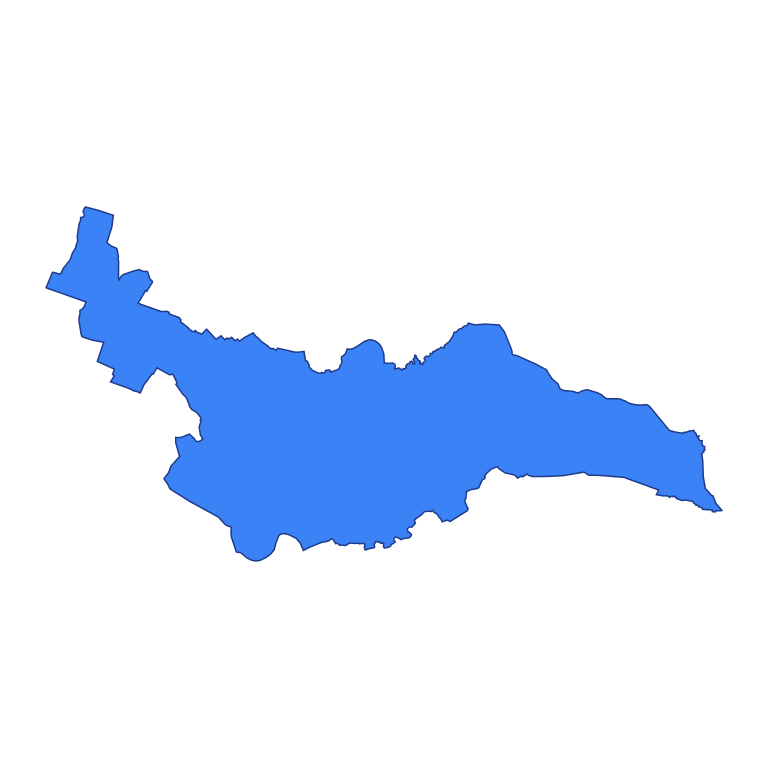 the district of Ban Pho, Chachoengsao, Thailand
{"feature_id": "78962969B2229675386212", "entity_name": "Ban Pho", "entity_type": "district", "adm_level": 2, "iso_a3": "THA", "parent_name": "Thailand", "parent_adm1": "Chachoengsao", "projection": "orthographic", "projection_center": [101.082, 13.626], "detail": "fine", "context": "isolated", "style": "filled", "palette": "blue", "viewbox_px": 768, "rotation_deg": 0, "n_neighbors": 0, "source": "geoboundaries", "source_scale": "gbopen_adm2", "svg_char_len": 6097}
<svg xmlns="http://www.w3.org/2000/svg" viewBox="0 0 768 768"><path d="M499.3,325.0L485.3,324.1L474.7,324.9L468.3,323.1L467.1,325.5L463.9,326.3L462.2,328.1L459.1,329.2L458.0,330.1L456.4,332.2L455.1,332.0L454.1,332.3L453.1,335.5L449.5,341.4L444.4,345.5L444.5,347.7L440.8,347.3L439.4,349.0L437.5,349.2L436.9,349.9L435.9,350.1L435.1,351.3L433.1,351.5L432.5,353.5L430.3,353.4L430.2,355.2L429.8,355.8L428.3,356.4L426.2,356.2L425.2,356.9L424.1,358.6L425.5,360.3L424.7,361.5L423.2,362.3L422.9,364.3L422.1,364.3L421.3,363.5L419.8,363.7L419.6,363.1L420.3,362.0L420.0,361.0L417.8,360.1L417.8,359.0L416.7,358.1L416.2,356.0L415.1,355.1L414.6,355.7L414.8,358.0L413.6,358.6L413.2,359.4L414.9,362.8L414.5,363.8L412.7,363.8L412.8,362.5L411.7,361.1L409.7,362.1L409.4,363.6L407.8,363.8L406.6,364.7L405.7,366.5L406.0,368.0L404.8,368.8L403.0,368.6L402.4,369.9L400.4,369.3L400.1,368.5L398.6,368.0L396.5,368.7L394.7,368.7L394.5,368.1L395.3,366.9L395.1,365.0L394.8,364.3L392.9,363.0L387.5,363.4L384.3,362.9L383.8,354.1L381.7,347.7L379.7,344.6L377.0,342.1L375.0,341.0L371.9,339.9L369.5,339.7L364.7,341.3L356.9,346.5L353.2,348.5L350.1,349.3L347.2,348.9L345.6,353.5L343.4,355.7L341.6,356.8L341.4,359.4L342.1,361.6L340.9,364.8L340.1,365.4L340.2,366.1L339.2,368.4L337.9,369.5L332.2,371.7L331.3,371.5L330.6,372.1L329.7,370.0L325.8,370.3L324.4,373.0L322.4,372.9L321.8,372.4L320.6,373.3L318.2,373.0L317.0,372.4L315.9,372.3L314.8,371.3L313.6,371.1L312.5,370.4L309.4,367.2L308.9,366.4L309.1,364.9L307.0,361.0L305.6,360.9L304.0,351.4L298.2,352.2L294.8,352.1L277.5,348.2L276.3,350.5L273.1,348.4L272.4,348.9L269.7,348.0L268.2,346.3L261.2,341.3L257.2,337.1L256.4,337.0L253.2,332.8L244.0,337.8L239.4,341.2L237.5,339.1L235.0,340.7L231.6,337.3L230.3,338.4L229.1,338.3L228.3,339.0L226.8,338.1L224.8,339.8L221.1,335.8L216.1,339.3L206.6,329.2L201.6,334.1L196.4,331.9L195.7,331.5L195.9,331.0L194.9,330.5L194.2,331.8L193.4,331.9L189.9,329.8L187.9,327.5L180.3,321.6L181.0,319.9L179.4,318.5L179.6,317.8L169.0,313.8L169.2,312.3L166.1,311.2L163.5,311.7L160.5,311.3L138.1,303.3L145.6,290.6L146.8,291.3L152.5,282.1L151.8,280.4L150.7,279.9L149.9,278.8L147.5,271.5L143.1,271.3L139.1,269.6L133.0,271.2L123.4,274.5L121.5,275.9L118.9,279.8L118.5,276.5L118.6,261.5L118.2,259.2L118.4,256.5L117.1,249.3L116.4,248.2L111.3,246.1L106.9,242.7L111.9,226.7L113.3,215.3L97.8,210.2L85.5,207.0L84.0,208.9L83.2,211.0L83.2,212.3L84.4,214.1L84.3,215.3L83.3,217.0L80.6,217.5L80.6,220.1L79.1,224.0L77.3,236.0L77.6,241.6L76.5,244.0L75.6,247.9L72.5,252.9L70.1,259.9L63.4,268.2L60.7,273.7L59.0,273.9L53.3,272.3L52.4,272.5L46.1,287.8L86.1,302.0L84.3,306.3L82.7,308.7L79.9,310.5L80.1,313.0L78.9,318.5L79.0,320.9L81.0,333.6L82.0,336.5L83.1,337.1L92.4,340.2L103.7,342.3L97.3,361.4L114.4,369.1L112.6,374.4L114.0,375.5L114.1,376.0L110.6,381.9L128.4,388.2L134.6,391.2L135.1,390.8L140.2,393.0L144.2,384.4L152.1,374.0L153.2,374.1L157.0,367.9L169.6,374.8L172.9,374.2L177.1,382.9L175.9,384.4L182.4,393.7L186.5,397.8L188.4,403.1L189.5,404.9L189.1,405.6L191.4,409.1L195.4,411.8L195.9,411.8L197.1,412.9L201.4,418.5L200.1,420.2L200.9,421.4L199.2,426.9L200.3,434.6L202.8,439.2L199.9,441.1L197.5,441.7L196.2,441.4L193.6,437.9L189.3,434.1L181.4,437.3L178.8,437.7L175.7,437.4L175.7,442.5L179.1,455.0L179.8,456.1L171.0,466.2L168.5,472.8L164.2,478.3L164.0,479.0L167.6,483.9L170.0,488.9L189.7,501.4L218.3,517.0L225.5,524.8L227.8,526.0L231.6,527.1L231.0,530.7L231.3,536.8L236.4,552.0L240.7,552.7L246.9,557.9L251.3,560.1L255.9,561.0L260.2,560.3L265.7,557.7L270.1,554.6L274.2,549.8L275.9,543.1L278.8,535.7L280.5,534.2L283.5,533.6L288.5,534.5L296.3,538.4L300.3,543.2L303.4,550.5L309.2,547.4L321.3,542.5L328.0,541.2L331.9,538.7L332.6,538.9L335.7,543.7L337.3,543.3L339.8,545.3L342.7,545.0L345.5,545.6L348.9,543.5L351.1,543.0L355.4,543.5L357.6,543.2L359.5,543.8L362.2,543.4L363.6,543.5L364.6,544.1L364.9,545.0L364.3,547.2L365.1,550.0L370.2,548.4L374.4,547.6L374.7,546.7L374.1,544.6L376.1,541.2L377.5,542.1L380.0,542.0L380.5,543.3L383.7,543.2L383.5,546.9L384.5,548.0L388.8,547.2L390.5,546.1L391.4,544.2L393.0,543.7L395.3,541.8L394.1,540.6L393.8,539.2L394.4,537.9L395.5,536.9L398.9,538.2L401.2,539.7L403.3,538.6L408.1,538.0L409.8,537.4L411.3,535.6L411.4,534.6L410.1,532.9L407.8,531.4L407.3,528.7L409.4,527.0L412.0,527.1L415.4,523.3L414.3,520.0L422.1,514.2L424.2,511.8L428.7,511.1L430.9,511.6L432.9,510.4L433.9,512.3L435.9,513.3L437.8,515.0L438.6,516.6L440.7,518.8L442.3,521.8L447.2,520.1L450.1,521.5L467.5,510.6L468.0,508.3L466.9,506.5L464.6,500.9L466.1,497.7L465.9,495.9L466.5,494.1L466.3,491.9L470.4,489.8L477.6,488.4L478.8,487.6L482.4,479.7L484.1,479.0L485.1,478.0L484.8,475.8L486.9,473.1L491.3,469.0L497.2,466.7L499.2,468.9L505.2,472.9L513.9,474.8L516.0,476.1L517.3,478.1L521.8,476.0L522.5,476.8L523.2,476.6L527.2,473.9L528.4,475.3L532.7,476.6L549.1,476.4L563.6,475.6L584.1,472.1L588.1,474.9L589.6,475.2L599.8,475.4L624.1,477.4L658.6,490.0L656.4,494.7L663.3,495.9L667.3,495.8L669.7,497.4L670.7,496.3L673.1,496.7L673.7,495.9L675.0,496.4L675.4,497.5L676.5,497.5L676.5,498.4L677.3,498.9L682.1,500.5L686.1,500.1L691.8,501.3L693.8,502.2L693.9,503.3L695.7,504.4L695.8,505.1L698.0,505.2L698.3,506.5L702.1,507.8L702.5,509.4L712.2,510.0L712.5,510.3L712.3,511.6L713.9,511.8L715.4,511.9L715.9,510.8L721.4,510.7L721.9,510.4L715.9,503.4L712.9,495.8L711.7,495.6L705.3,488.4L703.3,477.0L702.7,460.6L701.9,455.0L701.4,454.1L702.5,453.3L703.2,451.9L703.9,451.8L703.9,450.1L705.0,449.7L704.3,448.2L704.7,446.6L703.2,446.0L701.8,444.0L702.2,442.9L701.8,441.8L702.1,440.7L700.4,440.7L699.2,440.0L699.0,438.9L698.0,438.0L699.0,436.0L696.8,436.4L696.1,433.6L694.1,431.5L693.8,430.4L688.9,431.1L686.7,432.1L683.5,432.5L682.8,433.3L675.1,432.0L669.3,430.4L650.0,406.9L648.9,405.8L646.6,404.6L641.6,405.1L637.6,405.0L632.3,404.1L628.1,402.9L626.3,401.5L619.5,398.8L606.9,398.7L604.0,397.1L601.6,394.8L597.3,392.7L587.6,389.8L584.9,390.1L581.5,391.1L579.0,392.6L577.4,392.8L572.6,391.3L564.0,390.6L559.9,388.8L558.0,383.9L552.4,379.2L548.5,373.6L546.5,369.8L536.2,364.3L520.3,357.1L517.2,355.7L512.9,354.8L512.0,353.5L512.0,351.3L511.4,349.3L504.4,331.8L499.3,325.0Z" fill="#3b82f6" stroke="#1e3a8a" stroke-width="1.5"/></svg>